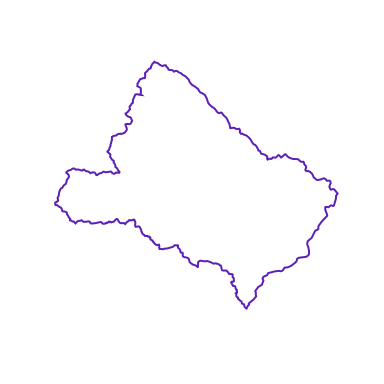 Wiang Haeng, Chiang Mai, Thailand (Mercator projection), rotated 321°
{"feature_id": "78962969B7919443073528", "entity_name": "Wiang Haeng", "entity_type": "district", "adm_level": 2, "iso_a3": "THA", "parent_name": "Thailand", "parent_adm1": "Chiang Mai", "projection": "mercator", "projection_center": [98.614, 19.591], "detail": "fine", "context": "isolated", "style": "outline", "palette": "violet", "viewbox_px": 384, "rotation_deg": 321, "n_neighbors": 0, "source": "geoboundaries", "source_scale": "gbopen_adm2", "svg_char_len": 6016}
<svg xmlns="http://www.w3.org/2000/svg" viewBox="0 0 384 384"><g transform="rotate(321 192 192)"><path d="M244.7,67.1L243.8,67.4L242.1,67.4L238.7,68.9L238.3,69.6L237.4,69.8L235.9,69.2L232.8,69.9L230.6,69.9L229.6,70.9L229.3,71.7L227.2,73.7L226.5,73.5L225.7,72.7L224.5,72.5L222.7,71.7L217.7,73.6L216.1,75.4L217.4,78.2L217.4,79.3L214.9,82.5L213.6,83.3L213.9,84.9L212.0,83.0L211.1,81.6L209.3,80.6L204.0,83.3L202.1,85.5L200.7,85.4L198.8,86.1L197.5,86.2L197.0,86.6L195.9,88.7L195.2,88.6L193.8,89.1L191.9,89.4L190.2,89.2L189.6,89.3L189.3,90.5L189.7,92.9L191.1,95.2L191.2,95.8L190.3,98.9L187.8,100.1L187.1,100.2L185.9,99.8L185.0,98.7L183.0,97.5L182.2,98.4L181.5,101.3L180.4,102.7L177.0,103.6L173.7,102.5L173.2,101.7L171.1,100.5L170.2,100.3L168.7,100.4L166.6,99.2L164.4,98.8L162.4,101.3L160.7,102.3L160.0,103.1L158.5,103.8L157.8,104.9L156.6,105.3L153.7,107.2L151.9,107.2L151.5,107.6L152.3,111.3L150.5,113.2L150.4,115.2L150.1,116.3L150.8,118.4L150.7,118.9L149.7,119.6L149.7,121.1L149.1,123.3L148.2,124.4L148.7,126.3L148.2,129.0L148.4,130.5L147.9,131.2L147.6,131.3L145.6,129.4L144.7,129.0L143.4,129.1L142.9,128.9L142.0,127.3L141.9,125.2L141.1,124.5L137.7,122.7L136.0,120.5L133.6,120.2L131.2,119.2L129.0,119.2L128.3,118.6L128.7,116.7L128.6,115.7L127.6,114.5L125.7,113.6L124.9,113.5L124.6,111.4L122.6,108.6L122.2,106.6L121.2,106.1L120.4,106.4L119.7,105.8L117.7,102.8L115.7,101.5L115.5,100.1L115.0,99.3L113.8,98.7L111.9,98.6L109.0,97.5L107.3,97.4L106.4,98.0L106.3,98.4L106.7,99.2L106.9,100.6L106.4,102.2L105.2,103.2L102.3,103.8L101.5,104.7L99.2,106.2L96.2,106.2L93.8,107.1L92.3,106.8L91.2,107.2L89.1,108.3L85.7,111.2L83.8,112.0L82.6,114.4L81.9,114.7L81.1,114.4L80.2,114.6L79.5,114.1L78.7,114.4L78.1,115.3L77.8,116.3L78.9,117.3L79.6,120.3L80.3,121.5L80.1,123.3L79.3,125.1L79.5,125.9L80.8,127.1L81.6,128.5L81.7,129.4L80.8,130.8L80.7,133.4L80.2,134.2L80.4,136.2L79.3,137.2L79.5,137.6L80.1,137.9L80.5,139.6L81.6,140.5L81.7,143.1L84.4,142.7L86.1,143.3L87.0,144.0L88.2,144.3L88.7,145.3L88.6,145.8L88.8,146.8L90.7,148.3L93.1,149.7L93.6,150.4L93.8,150.9L93.5,151.8L93.8,153.1L97.3,155.4L102.3,157.9L102.6,158.6L102.6,159.8L102.8,160.6L104.3,161.8L105.5,161.9L105.7,162.2L106.2,162.1L106.4,162.5L107.1,162.8L108.6,162.7L108.7,163.4L109.7,163.5L110.2,164.9L111.1,165.1L112.7,165.9L115.4,165.4L116.4,165.5L116.9,166.1L116.9,166.8L116.5,168.8L116.5,170.3L117.3,171.7L119.6,173.3L119.9,174.9L123.1,174.3L124.3,174.7L125.3,174.3L126.0,174.7L127.1,176.0L129.5,176.8L129.7,177.9L129.0,178.7L129.0,179.8L126.5,182.5L126.4,183.7L128.9,185.1L129.2,185.7L129.3,186.4L128.6,189.6L127.7,191.0L127.8,191.8L127.4,192.8L127.3,194.0L127.9,195.5L127.7,196.0L127.8,196.6L129.8,198.2L129.8,199.0L130.7,199.8L130.5,200.4L131.0,201.0L130.9,201.4L130.1,202.0L129.9,202.8L130.8,205.0L130.3,205.9L130.7,206.9L130.4,207.8L130.8,210.2L131.5,211.4L133.2,212.2L132.8,213.1L131.3,214.8L130.9,215.9L131.9,216.5L133.2,218.1L135.0,218.8L137.3,220.3L142.7,222.6L145.1,222.5L146.6,224.0L147.4,224.4L147.5,224.8L146.6,225.6L146.1,226.5L146.4,228.4L146.0,230.2L145.3,231.3L145.2,231.8L145.3,232.3L146.3,233.0L146.4,233.4L146.0,234.2L144.7,235.6L144.5,236.7L144.8,237.5L146.6,239.6L147.4,241.0L147.4,241.9L146.0,245.2L146.1,245.6L146.9,248.8L148.7,251.5L149.2,253.9L149.5,253.9L152.5,250.5L153.3,250.3L155.0,250.5L155.8,251.1L158.3,254.0L160.5,255.3L162.7,259.0L163.6,261.2L165.5,262.3L167.4,265.1L167.5,266.5L168.1,267.2L168.1,267.6L166.3,271.1L166.2,271.7L167.0,272.9L169.2,274.5L169.6,277.5L169.2,279.0L171.5,281.1L171.6,281.8L170.0,283.7L170.2,285.2L168.3,287.8L167.8,287.8L166.4,286.7L165.5,286.9L164.8,290.9L166.1,292.2L166.1,292.6L164.9,295.2L165.2,296.4L164.5,296.8L164.4,297.6L163.8,298.4L163.2,298.6L162.7,298.2L162.2,298.2L162.0,299.4L160.9,300.9L160.8,302.1L161.3,302.8L160.5,304.5L160.9,305.1L161.0,306.8L161.5,308.2L161.1,309.4L160.6,310.0L161.7,312.1L160.6,314.2L160.7,316.0L161.1,316.9L163.7,315.6L165.4,315.5L166.2,314.3L172.0,314.3L176.2,313.5L177.1,311.7L178.4,310.3L178.7,309.0L179.0,308.7L183.8,307.5L187.8,308.1L191.7,305.9L192.3,303.7L194.3,302.9L198.1,303.9L199.9,303.0L200.4,303.1L206.2,305.7L210.2,308.2L210.9,309.3L212.1,309.9L213.7,310.0L215.4,309.3L216.6,309.2L218.9,310.7L222.2,311.7L228.2,311.9L230.0,311.4L231.4,310.2L232.6,310.1L233.7,310.4L239.8,314.1L240.9,314.4L242.7,314.4L243.7,313.9L245.3,312.3L247.4,308.7L248.5,305.5L249.2,304.5L250.8,303.1L256.3,302.9L262.9,299.8L263.7,299.7L266.7,300.4L268.5,298.4L269.6,297.8L275.4,296.4L282.1,295.6L282.7,294.8L284.4,289.7L286.0,287.7L286.7,287.9L287.6,288.6L288.4,289.7L291.4,289.8L292.2,290.5L292.8,291.7L293.8,291.8L299.5,287.9L301.6,285.6L304.2,284.8L304.2,280.3L303.9,278.9L302.9,278.2L301.4,277.6L301.3,276.8L302.0,274.5L302.8,273.7L305.3,272.4L306.0,271.4L306.2,270.2L305.9,269.6L303.9,268.2L304.0,266.2L303.1,264.3L299.3,263.0L296.7,261.4L295.8,257.4L296.8,253.6L296.4,250.7L295.6,248.9L294.5,248.2L293.9,247.2L294.0,246.1L296.1,244.8L296.8,243.8L296.7,241.3L297.5,239.4L297.6,238.6L296.0,237.4L295.4,236.2L295.2,233.8L294.8,233.0L291.1,229.7L289.3,226.7L288.6,224.5L288.5,221.8L288.1,221.2L283.1,221.4L282.8,221.0L283.0,219.9L282.8,218.5L282.4,217.7L278.8,218.0L276.5,216.0L274.6,216.3L272.8,214.7L271.2,214.4L271.3,213.4L272.4,212.4L272.8,211.2L272.0,208.8L269.8,205.6L270.6,203.0L269.7,201.5L270.3,200.3L270.8,196.9L270.7,195.0L269.9,193.6L270.0,190.6L270.5,189.1L270.5,185.8L269.8,182.2L268.3,179.9L267.6,178.0L266.8,177.8L266.6,177.3L266.8,175.5L268.0,174.5L268.5,173.1L268.3,172.4L266.7,171.5L265.8,170.5L265.5,169.2L264.9,168.4L262.0,166.5L263.9,162.5L265.4,156.2L264.8,152.0L265.0,149.3L264.7,148.6L262.6,147.7L261.9,146.0L262.1,142.0L261.8,140.3L261.0,137.9L260.6,135.0L260.7,132.8L262.3,128.7L263.1,124.7L261.9,121.2L261.2,120.1L261.1,117.8L261.6,116.0L260.3,110.8L259.4,108.8L259.4,104.9L260.2,102.5L259.7,97.9L258.4,94.8L258.3,93.0L257.0,90.6L256.6,88.8L255.7,87.7L253.7,87.1L253.7,85.9L253.2,84.8L250.9,82.5L250.8,82.1L251.3,80.2L251.0,78.5L251.4,77.1L250.2,76.1L248.2,75.5L247.0,72.8L246.5,70.2L245.0,68.2L244.7,67.1Z" fill="none" stroke="#5b21b6" stroke-width="2"/></g></svg>